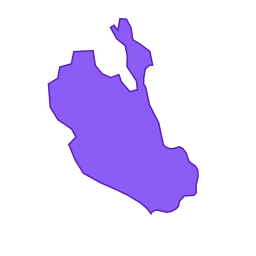 Kasansay, Namangan, Uzbekistan, rotated 144°
{"feature_id": "79887680B51859555841506", "entity_name": "Kasansay", "entity_type": "district", "adm_level": 2, "iso_a3": "UZB", "parent_name": "Uzbekistan", "parent_adm1": "Namangan", "projection": "orthographic", "projection_center": [71.494, 41.166], "detail": "fine", "context": "isolated", "style": "filled", "palette": "violet", "viewbox_px": 256, "rotation_deg": 144, "n_neighbors": 0, "source": "geoboundaries", "source_scale": "gbopen_adm2", "svg_char_len": 977}
<svg xmlns="http://www.w3.org/2000/svg" viewBox="0 0 256 256"><g transform="rotate(144 128 128)"><path d="M65.3,217.0L70.3,221.2L78.9,212.8L78.9,219.3L83.1,219.6L84.7,206.8L81.8,196.3L86.3,186.5L92.7,178.4L93.5,161.2L97.8,153.5L105.1,156.2L106.2,169.3L104.0,176.6L112.3,178.9L117.0,186.9L117.7,197.7L110.8,211.1L127.0,221.6L136.1,213.2L147.4,217.4L155.5,209.5L166.5,210.4L178.7,190.4L179.8,175.9L174.2,160.4L175.4,151.3L185.6,149.5L189.6,132.6L190.7,117.6L182.6,100.2L174.6,86.6L168.1,74.7L161.9,60.2L159.9,51.4L159.7,45.2L158.5,45.9L155.5,45.8L152.5,44.3L146.4,37.3L142.3,35.1L136.6,34.4L133.4,34.9L129.2,38.5L122.4,40.0L114.1,34.8L110.9,35.5L106.8,41.4L99.8,47.6L96.4,52.9L95.8,57.1L98.3,64.9L95.7,73.6L95.7,79.0L97.5,82.7L103.3,84.6L106.2,86.5L108.8,90.9L109.2,93.7L100.2,114.0L97.0,134.2L89.7,150.6L89.5,154.3L85.9,159.2L79.1,165.7L73.7,166.1L71.1,164.4L65.3,177.2L69.1,189.3L72.2,196.6L66.6,207.5L65.3,217.0Z" fill="#8b5cf6" stroke="#5b21b6" stroke-width="1.5"/></g></svg>